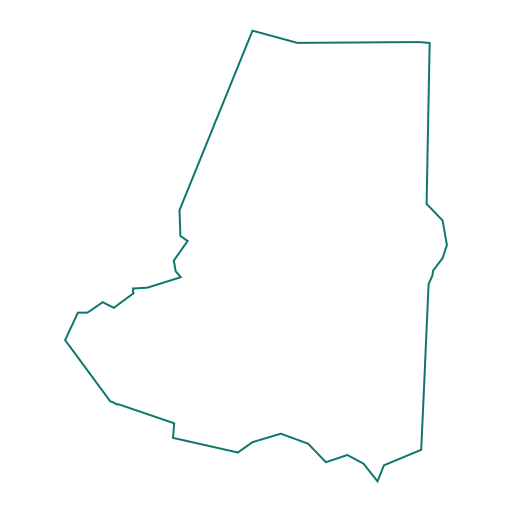 Wayne, North Carolina, United States of America
{"feature_id": "52423323B99063612255377", "entity_name": "Wayne", "entity_type": "district", "adm_level": 2, "iso_a3": "USA", "parent_name": "United States of America", "parent_adm1": "North Carolina", "projection": "equal_earth", "projection_center": [-78.044, 35.372], "detail": "fine", "context": "isolated", "style": "outline", "palette": "teal", "viewbox_px": 512, "rotation_deg": 0, "n_neighbors": 0, "source": "geoboundaries", "source_scale": "gbopen_adm2", "svg_char_len": 857}
<svg xmlns="http://www.w3.org/2000/svg" viewBox="0 0 512 512"><path d="M442.6,258.1L446.9,245.1L442.6,220.5L426.6,203.9L429.4,56.3L429.7,43.1L429.0,42.9L419.7,42.1L391.1,42.2L358.0,42.5L354.7,42.5L297.4,42.9L252.5,30.7L247.4,43.2L226.4,94.9L216.6,119.0L216.4,119.3L214.3,124.3L213.6,126.4L179.5,210.2L180.4,235.9L187.6,241.0L173.8,260.6L175.7,271.3L180.7,277.2L147.3,287.7L133.0,288.5L133.4,289.6L132.9,290.7L132.9,291.5L133.2,292.4L133.6,292.8L133.5,293.3L113.8,307.8L102.7,302.2L87.4,312.7L77.9,312.7L65.1,340.1L110.4,401.5L112.0,401.8L116.6,404.3L117.3,404.4L118.5,404.3L174.2,423.3L173.0,437.9L237.9,452.5L248.9,444.7L252.6,442.1L280.8,433.7L308.1,443.7L325.9,462.2L347.3,455.0L363.4,463.6L377.5,481.3L383.9,465.3L421.2,449.8L424.8,370.6L425.0,364.9L428.6,284.0L432.3,275.9L433.2,270.5L442.6,258.1Z" fill="none" stroke="#0f766e" stroke-width="2"/></svg>